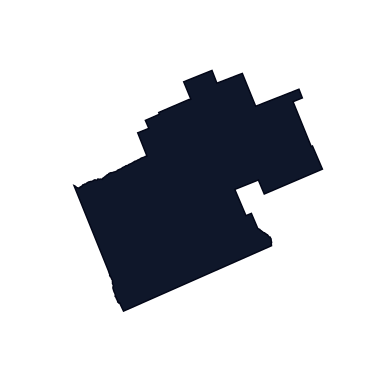 Benito Juárez, Buenos Aires, Argentina (Mercator projection), rotated 113°
{"feature_id": "61730980B96971006202376", "entity_name": "Benito Juárez", "entity_type": "district", "adm_level": 2, "iso_a3": "ARG", "parent_name": "Argentina", "parent_adm1": "Buenos Aires", "projection": "mercator", "projection_center": [-59.675, -37.588], "detail": "fine", "context": "isolated", "style": "filled", "palette": "ink", "viewbox_px": 384, "rotation_deg": 113, "n_neighbors": 0, "source": "geoboundaries", "source_scale": "gbopen_adm2", "svg_char_len": 5395}
<svg xmlns="http://www.w3.org/2000/svg" viewBox="0 0 384 384"><g transform="rotate(113 192 192)"><path d="M328.4,208.5L209.9,97.4L210.0,97.6L209.9,97.9L209.9,98.0L209.7,98.3L209.4,98.4L209.3,98.6L209.2,98.6L208.7,98.7L208.6,98.9L208.3,99.1L208.1,99.2L207.8,99.1L207.6,99.0L207.4,99.0L207.1,99.1L207.0,99.3L206.8,99.4L206.6,99.6L206.4,99.7L206.2,99.8L206.0,100.1L205.4,100.3L204.9,100.7L204.6,100.7L204.3,100.9L204.2,101.0L204.0,101.3L203.9,101.5L203.8,101.9L203.7,102.0L203.3,102.1L203.2,102.2L203.1,102.3L203.0,102.5L203.2,102.8L203.2,103.0L203.3,103.2L202.9,104.0L202.7,104.5L202.6,104.8L202.5,105.0L202.3,105.1L202.3,105.3L202.4,105.5L202.2,105.8L201.9,105.9L201.9,106.2L202.0,106.5L201.9,106.8L201.9,107.0L201.7,107.4L201.6,107.6L201.7,108.2L201.7,108.5L201.5,108.9L201.2,109.1L201.2,109.3L201.4,109.6L201.5,109.9L201.5,110.2L201.4,110.7L201.2,111.2L201.1,111.3L201.0,111.5L201.0,112.2L200.9,112.5L200.7,112.8L200.7,113.4L200.6,113.5L200.6,113.8L200.5,114.0L200.4,114.3L200.3,114.5L200.2,114.6L200.1,114.8L200.0,115.0L200.0,115.3L200.0,115.5L200.0,116.0L200.0,116.3L199.9,117.2L188.5,129.0L192.7,133.1L172.9,153.6L155.0,135.6L165.6,124.7L120.0,80.9L102.6,99.1L103.6,100.0L69.4,134.3L62.3,127.2L55.6,133.7L88.2,166.9L63.2,192.0L66.2,195.2L82.1,211.6L72.3,221.1L93.8,242.7L107.0,229.3L108.3,230.5L108.0,230.9L131.8,253.7L133.2,252.4L144.3,262.9L150.3,256.6L158.7,265.1L176.5,247.5L176.9,247.8L177.0,248.0L177.4,248.7L177.5,248.9L177.8,249.0L178.2,249.3L178.4,249.4L178.6,249.6L179.0,250.1L179.4,250.5L179.8,251.0L180.0,251.3L180.2,251.5L180.5,251.7L180.7,252.0L180.9,252.0L181.4,252.5L181.8,252.5L182.0,252.6L182.0,252.8L182.5,253.1L182.6,253.3L182.8,253.5L183.0,253.6L183.7,254.3L183.8,254.5L184.3,254.8L184.6,254.9L184.7,255.0L184.8,255.1L185.2,255.3L185.3,255.6L185.6,255.8L185.8,256.3L186.1,256.4L186.2,256.7L186.4,256.8L186.9,257.1L187.1,257.1L187.2,257.4L187.4,257.6L188.1,257.9L188.6,258.3L188.8,258.4L189.0,258.7L189.5,259.0L190.1,259.6L190.4,259.8L190.5,260.0L190.9,260.4L191.2,260.7L191.6,261.0L191.8,261.1L192.2,261.3L192.5,261.5L192.8,261.6L193.0,261.8L193.2,262.3L193.3,262.5L193.7,263.1L194.2,263.4L194.5,263.5L195.0,263.9L195.2,264.2L195.7,264.5L196.2,265.0L196.5,265.3L196.7,265.5L197.2,265.7L198.0,266.1L198.4,266.4L198.7,266.7L199.2,267.3L199.4,267.5L199.7,267.7L200.2,268.3L200.6,268.6L200.9,268.9L201.2,269.1L201.6,269.2L201.9,269.3L202.2,269.4L202.5,269.7L202.7,269.8L202.9,270.0L203.3,270.7L203.7,271.0L204.2,271.6L204.3,271.9L204.8,272.2L205.0,272.5L205.3,273.1L205.6,273.5L205.9,273.8L206.0,274.3L206.2,274.5L206.5,274.8L206.8,275.1L207.1,275.4L207.4,275.6L207.8,275.8L208.1,275.8L208.5,275.8L208.8,276.2L209.1,276.5L209.3,276.8L209.7,276.9L209.9,276.9L210.3,277.1L210.9,277.5L211.3,277.8L211.7,278.0L212.0,278.1L212.8,278.5L213.1,278.7L213.3,278.8L213.6,279.0L214.1,279.4L214.5,279.5L215.0,279.3L215.2,279.5L215.5,279.6L215.5,279.9L215.5,280.1L215.7,280.4L215.7,280.8L215.8,281.0L215.9,281.3L216.0,281.5L216.3,281.8L216.6,282.0L216.6,282.5L216.6,282.8L216.7,283.1L216.8,283.7L217.2,283.9L217.6,283.9L217.9,284.0L218.2,284.2L218.5,284.5L218.6,284.8L218.6,285.7L218.8,286.1L218.9,286.4L219.2,286.6L219.5,286.8L219.7,287.1L220.1,287.3L220.4,287.5L221.0,287.9L221.2,288.2L221.4,288.4L221.6,288.6L221.7,289.0L221.8,289.2L221.9,289.4L222.1,289.6L222.7,290.4L222.9,290.7L223.3,291.2L223.6,291.3L223.9,291.6L224.1,291.8L224.5,292.0L224.8,292.3L225.1,292.5L225.6,292.7L226.5,293.1L226.7,293.3L226.7,293.6L226.6,293.8L226.9,294.1L227.9,294.5L228.0,294.7L227.9,294.9L227.9,295.1L228.2,295.3L228.5,295.3L229.1,295.5L229.3,295.4L229.6,295.4L229.8,295.6L229.9,295.8L230.0,296.0L230.5,296.2L230.8,296.2L230.8,296.5L230.9,296.8L231.2,296.9L231.5,297.0L231.6,296.8L232.0,296.8L232.2,297.0L232.3,297.3L232.6,297.4L232.9,297.5L232.8,297.8L232.7,298.1L232.7,298.5L232.8,298.9L233.0,299.1L233.0,299.4L233.0,299.8L232.9,300.2L232.8,300.4L232.6,300.8L232.5,301.2L232.5,301.5L232.3,301.9L232.2,302.2L232.2,302.6L232.2,303.1L297.7,237.6L297.8,237.6L298.0,237.3L298.1,237.2L298.3,237.1L298.5,237.0L298.7,236.9L298.8,236.7L299.0,236.6L299.4,236.0L299.6,235.8L299.8,235.6L300.0,235.5L300.6,235.4L300.9,235.2L301.1,235.0L301.3,234.7L301.5,234.6L301.6,234.4L301.7,234.2L301.9,234.0L302.0,233.8L302.0,233.5L302.0,233.4L302.2,233.1L302.3,233.0L302.4,232.8L302.8,232.6L303.4,232.1L303.5,231.9L303.8,231.5L303.9,231.3L303.9,231.1L304.0,231.0L304.6,230.6L305.1,230.4L305.4,230.3L306.0,230.0L306.2,229.8L306.9,229.6L307.4,229.4L307.5,229.3L307.9,228.8L308.0,228.6L308.1,228.4L308.2,228.2L308.3,228.2L309.0,227.8L309.1,227.6L309.3,227.7L309.5,227.5L309.9,227.7L310.0,227.7L310.4,227.4L310.9,227.4L311.2,227.4L311.3,227.3L311.4,227.1L311.7,226.9L311.9,226.8L312.0,226.7L312.5,226.3L312.7,226.1L313.2,225.7L313.4,225.4L313.6,225.4L313.8,225.0L314.1,224.9L314.3,224.8L314.6,224.4L314.9,224.0L315.0,223.8L315.1,223.7L315.3,223.6L315.4,223.4L316.2,222.7L316.6,222.6L317.0,222.3L317.2,222.1L317.5,222.1L317.8,221.9L318.0,222.0L318.2,221.8L318.2,221.5L318.2,221.4L318.5,221.2L318.7,220.8L318.7,220.5L319.3,220.3L319.5,219.9L319.9,219.7L320.0,219.6L320.0,219.3L320.0,219.1L320.2,218.9L320.3,218.9L320.6,218.8L320.9,218.5L320.9,218.2L321.1,218.1L321.4,217.9L321.7,217.7L321.8,217.5L322.1,217.5L322.3,217.4L322.3,217.2L322.2,217.0L322.4,216.6L322.5,216.2L322.8,216.0L322.8,215.8L322.7,215.7L322.4,215.5L322.4,215.3L322.5,215.3L322.5,215.1L328.4,208.5Z" fill="#0f172a" stroke="#020617" stroke-width="1.5"/></g></svg>